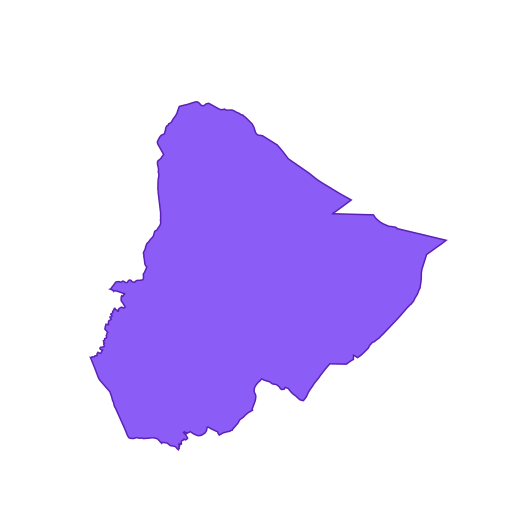 outline of Jilotzingo, México, Mexico, rotated 164°
{"feature_id": "50627088B53803503367130", "entity_name": "Jilotzingo", "entity_type": "district", "adm_level": 2, "iso_a3": "MEX", "parent_name": "Mexico", "parent_adm1": "México", "projection": "robinson", "projection_center": [-99.376, 19.498], "detail": "fine", "context": "isolated", "style": "filled", "palette": "violet", "viewbox_px": 512, "rotation_deg": 164, "n_neighbors": 0, "source": "geoboundaries", "source_scale": "gbopen_adm2", "svg_char_len": 6077}
<svg xmlns="http://www.w3.org/2000/svg" viewBox="0 0 512 512"><g transform="rotate(164 256 256)"><path d="M68.9,218.7L111.6,242.8L112.8,243.2L112.9,244.1L113.9,245.2L117.7,247.0L120.2,248.0L124.8,251.8L126.7,253.7L128.1,255.5L130.1,258.6L130.9,260.3L131.6,262.7L131.8,263.2L170.7,275.5L170.4,275.8L168.0,276.5L149.0,283.6L157.8,292.4L172.8,308.6L176.3,312.7L182.1,320.9L198.2,340.6L201.4,349.0L204.9,356.8L216.6,369.8L219.0,371.0L219.6,371.1L220.5,371.5L222.0,373.3L222.4,375.3L222.5,380.1L223.2,383.8L227.0,390.7L228.8,393.5L229.3,394.0L229.6,394.9L231.6,396.2L232.3,397.1L233.1,398.0L235.3,399.7L236.4,400.9L238.2,402.5L239.0,403.0L244.5,404.4L245.7,405.9L248.3,406.0L250.0,406.7L250.9,407.4L259.3,415.8L261.9,416.0L262.6,415.8L264.1,415.0L264.6,415.0L265.1,415.0L266.6,415.5L267.7,416.9L268.1,418.1L269.5,420.0L270.6,420.6L271.8,420.8L274.6,420.8L280.1,420.6L285.5,420.9L288.5,420.9L291.6,416.7L292.2,415.6L293.9,413.7L294.9,412.8L297.7,410.7L300.6,407.9L301.2,407.5L303.6,407.1L304.4,406.0L304.9,405.8L305.9,405.6L306.2,405.4L307.4,404.0L307.8,403.2L308.2,402.1L309.0,401.1L309.9,399.3L310.4,398.7L313.2,398.3L313.9,398.1L314.9,397.5L316.1,396.5L317.3,395.3L318.9,393.5L319.3,393.0L319.5,392.4L319.6,391.5L319.5,390.5L316.8,379.1L318.9,377.5L320.3,376.2L322.2,375.2L323.7,374.7L324.3,374.2L324.6,373.8L325.0,373.0L325.5,370.8L325.4,369.8L325.8,366.3L326.0,365.4L326.7,364.1L326.8,363.3L326.8,361.8L327.1,360.5L327.4,359.5L328.0,358.5L328.8,356.8L329.8,354.1L331.9,347.2L332.2,345.0L332.6,343.9L332.8,342.3L335.8,323.7L336.8,320.4L337.3,318.3L337.9,317.0L338.4,314.2L338.9,313.3L339.6,312.3L341.1,310.8L342.1,310.2L343.8,308.5L344.3,308.2L345.9,307.9L346.7,307.5L348.9,303.8L349.6,303.2L350.7,302.3L352.9,301.1L355.5,299.0L356.4,298.7L357.7,297.8L358.3,296.9L359.4,295.6L359.9,294.4L361.0,292.7L363.1,290.5L363.4,289.9L363.5,289.2L363.5,287.9L364.0,286.4L364.2,283.9L364.9,279.8L365.0,278.0L364.4,276.4L364.0,276.1L364.0,275.7L365.5,273.6L368.1,270.6L369.3,269.7L370.2,266.0L370.7,265.0L371.2,264.5L371.9,264.3L374.6,264.7L377.0,265.4L379.2,264.8L379.3,264.5L379.9,264.2L380.6,264.4L382.1,265.3L382.5,265.9L382.6,266.4L382.9,267.0L383.9,267.7L384.7,267.7L385.6,267.3L386.9,266.2L387.5,266.1L388.3,266.2L389.1,266.8L390.2,268.2L391.3,268.6L393.3,268.0L394.8,269.2L396.9,269.6L397.7,269.6L398.3,269.4L401.4,266.9L402.5,266.2L404.5,264.5L405.3,264.4L405.0,264.2L403.1,262.5L402.6,261.4L402.3,262.0L401.7,261.6L399.8,260.8L396.5,258.6L394.9,257.5L394.0,256.6L393.2,256.4L392.7,256.1L393.0,255.5L393.9,255.0L395.2,253.9L395.4,254.0L396.0,254.8L397.0,253.5L397.2,252.5L397.9,250.7L397.7,249.3L397.1,247.9L396.8,246.9L396.6,245.6L395.9,243.8L395.9,243.1L396.1,242.7L396.3,242.6L396.8,242.7L397.7,242.5L398.4,243.1L399.0,243.8L399.8,243.9L401.5,243.4L402.4,243.0L402.7,242.7L403.1,241.5L403.5,241.1L403.9,240.9L404.3,241.1L404.5,242.3L405.6,243.0L405.8,243.2L405.9,244.5L406.4,244.7L406.7,244.6L408.3,242.7L409.1,242.2L409.2,241.2L410.2,240.5L410.5,240.4L411.2,240.4L411.6,240.1L411.7,239.8L410.8,238.0L411.5,237.8L412.3,237.3L412.6,237.3L413.1,237.6L413.3,237.0L412.6,235.5L412.5,235.2L413.3,234.7L415.2,234.4L416.0,233.4L416.8,230.7L418.9,231.8L420.3,229.8L420.9,228.3L421.3,227.8L421.3,226.9L420.5,225.5L419.6,223.4L419.7,223.1L420.4,222.9L421.3,221.4L421.8,221.0L422.0,220.4L421.7,219.4L422.3,218.6L424.3,218.3L424.7,216.9L426.1,216.5L426.1,214.7L425.8,214.0L426.7,213.5L426.6,212.2L426.6,211.1L427.3,210.7L430.7,211.1L431.6,210.0L430.8,208.6L429.4,207.9L431.5,205.9L431.6,205.5L432.9,205.5L434.4,207.0L435.8,205.8L436.3,204.1L438.4,204.4L439.6,203.6L440.4,204.0L441.5,204.2L442.6,203.8L443.1,204.1L441.9,192.7L441.0,181.9L440.3,179.6L433.8,165.6L433.8,163.8L433.6,162.1L433.6,159.7L433.7,156.5L433.3,154.5L433.5,152.1L433.5,150.3L433.0,148.5L429.8,126.4L429.0,118.8L428.4,116.6L427.8,115.9L426.5,115.1L424.6,114.5L423.9,114.3L420.7,114.3L418.3,113.0L417.3,112.6L416.0,112.7L414.9,111.7L413.9,111.4L409.1,110.4L405.8,109.9L403.8,109.1L401.0,107.3L398.3,101.9L397.4,102.7L393.0,100.7L391.1,98.0L390.5,97.3L387.9,96.1L386.3,95.1L385.8,94.6L384.7,92.1L384.0,91.1L382.7,92.5L382.6,92.8L382.9,93.5L382.8,93.9L381.9,94.3L381.5,94.8L381.5,95.0L382.0,95.6L382.2,96.2L382.1,96.3L381.8,96.6L381.5,96.6L381.1,96.2L380.9,96.2L380.5,96.3L380.2,96.2L379.9,95.7L379.6,95.7L379.4,96.2L379.2,97.8L379.1,98.3L378.4,98.8L377.7,99.0L377.0,98.9L376.2,99.7L375.7,99.8L375.5,99.7L374.7,98.7L374.4,98.7L373.2,98.9L371.9,99.8L372.8,103.4L374.3,106.3L373.3,106.8L372.7,105.5L371.8,105.6L371.6,104.5L369.5,104.9L367.6,105.3L365.2,102.4L363.5,100.9L361.5,99.4L360.7,99.1L359.2,98.8L357.4,98.8L354.2,99.8L353.6,100.1L352.1,101.4L351.4,102.3L350.3,104.7L350.0,104.9L349.6,104.9L348.6,104.3L348.2,103.7L346.6,102.1L341.3,97.5L341.3,95.8L340.7,94.0L336.4,95.0L332.3,95.0L329.5,94.7L328.4,95.2L326.9,95.1L325.6,96.4L324.8,96.8L319.6,100.2L316.4,103.3L315.1,103.6L312.0,104.8L310.2,106.0L306.5,107.6L301.8,108.7L301.9,110.0L298.2,114.9L296.7,117.0L296.1,118.1L295.2,120.1L294.8,121.3L294.7,122.1L294.7,122.8L295.1,125.2L295.1,126.2L294.8,127.5L293.6,129.9L293.0,130.6L291.4,132.1L289.5,133.4L288.6,134.0L286.9,134.7L285.8,135.5L284.3,136.3L283.8,136.0L282.7,134.6L277.4,131.2L275.9,129.0L275.1,128.4L274.7,128.1L273.0,127.4L271.8,126.7L270.5,125.1L269.8,123.9L269.5,123.3L269.1,121.9L268.4,120.8L267.9,120.5L265.6,120.2L264.3,121.7L261.3,119.6L261.2,118.7L259.5,115.0L258.2,112.8L256.3,110.4L255.2,108.5L253.5,105.8L252.1,104.8L250.3,103.9L246.7,106.5L243.4,110.3L241.0,112.6L237.8,115.1L235.1,117.5L228.8,121.9L227.5,123.1L220.7,128.1L214.8,132.0L198.8,127.1L195.1,128.6L192.4,129.4L190.9,129.7L189.6,133.7L188.5,132.7L186.4,130.3L184.9,130.9L183.5,131.3L182.0,131.9L178.1,133.9L173.1,136.7L172.5,137.6L170.6,139.3L169.5,139.8L168.5,140.6L167.8,140.9L166.2,141.0L164.8,141.5L162.5,142.5L160.5,143.1L157.1,145.1L155.1,146.1L136.1,157.3L124.7,164.7L123.0,165.6L121.4,166.6L120.5,166.8L116.9,169.3L114.6,171.9L111.5,174.7L108.1,179.2L107.0,180.1L106.9,180.7L104.7,185.4L103.3,188.9L101.8,193.9L100.1,197.6L91.6,210.4L79.4,214.8L75.8,216.0L68.9,218.7Z" fill="#8b5cf6" stroke="#5b21b6" stroke-width="1.5"/></g></svg>